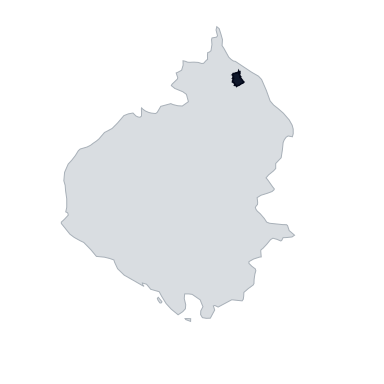 Bar Kaev, Rôtânôkiri, Cambodia shown in context, rotated 323°
{"feature_id": "14789045B1081275636897", "entity_name": "Bar Kaev", "entity_type": "district", "adm_level": 2, "iso_a3": "KHM", "parent_name": "Cambodia", "parent_adm1": "Rôtânôkiri", "projection": "natural_earth1", "projection_center": [107.211, 13.715], "detail": "fine", "context": "in_parent", "style": "filled", "palette": "ink", "viewbox_px": 384, "rotation_deg": 323, "n_neighbors": 0, "source": "geoboundaries", "source_scale": "gbopen_adm2", "svg_char_len": 5342}
<svg xmlns="http://www.w3.org/2000/svg" viewBox="0 0 384 384"><g transform="rotate(323 192 192)"><path d="M311.3,74.9L312.0,77.9L310.0,83.6L308.0,88.7L304.1,93.2L303.9,96.6L302.5,106.5L303.0,109.6L303.9,112.3L305.2,113.7L308.6,123.4L311.7,132.2L314.8,139.5L315.3,144.0L312.5,155.6L309.2,166.3L309.5,171.6L310.9,176.9L312.4,184.0L313.0,193.0L312.2,198.9L310.7,202.6L307.9,206.4L305.4,208.3L302.5,205.1L300.1,204.9L297.0,205.9L294.5,207.4L289.4,212.9L283.8,218.3L276.0,219.6L273.0,223.6L269.8,224.2L263.6,224.4L259.6,225.3L259.8,227.3L259.5,236.8L259.6,239.0L258.9,239.6L256.2,239.8L251.5,238.4L245.1,236.1L240.6,235.7L238.2,239.8L236.8,241.4L235.1,241.7L233.3,242.4L232.7,244.2L232.6,246.5L233.4,250.5L233.8,256.7L233.5,261.0L235.2,263.7L244.9,272.7L247.8,275.0L248.1,276.3L246.4,281.3L247.9,288.2L244.8,288.1L239.8,285.1L237.3,283.3L234.4,284.7L233.4,284.5L231.4,281.0L228.8,277.6L226.1,277.3L220.4,278.7L214.6,279.7L212.4,279.7L211.5,280.3L208.2,285.5L206.7,284.6L200.9,282.6L195.6,281.9L194.5,283.2L195.1,287.4L196.3,291.5L195.6,293.3L192.7,295.5L188.8,299.4L186.4,302.4L184.8,303.1L178.9,303.0L173.0,303.4L170.6,306.3L168.4,308.5L166.5,309.1L158.9,302.0L143.6,299.6L142.0,296.4L140.5,295.8L139.1,299.9L130.7,303.8L127.3,301.4L124.7,298.6L125.1,295.1L127.5,292.2L131.7,290.2L133.6,283.0L130.5,273.8L127.7,271.1L124.8,269.0L121.7,272.4L119.1,278.3L116.4,281.3L112.6,282.0L107.0,281.7L104.9,273.0L104.2,265.5L105.0,257.0L105.8,251.9L100.5,244.9L100.2,238.3L97.6,234.8L96.8,236.6L96.9,238.5L96.2,237.1L87.8,217.6L86.4,208.5L87.9,201.6L88.7,199.2L86.3,195.6L82.9,191.4L76.9,185.9L76.5,177.3L75.2,167.1L73.4,163.7L70.6,157.4L69.1,152.2L68.7,138.5L69.5,137.4L73.8,137.0L79.3,136.0L80.2,133.8L79.2,131.9L82.8,128.8L87.9,122.0L91.8,114.9L94.7,110.4L96.4,105.9L102.1,99.6L109.9,95.2L115.3,94.2L120.8,92.7L126.1,90.6L128.6,90.4L135.2,92.9L138.8,93.6L142.5,93.6L146.4,93.8L149.8,93.6L157.9,91.8L166.4,93.2L174.1,92.1L183.6,90.0L188.2,91.3L192.4,93.4L193.0,97.6L194.0,99.5L195.4,101.0L197.3,101.0L199.7,98.0L201.7,95.0L202.4,94.5L202.5,96.0L203.5,99.2L205.3,102.4L207.1,104.6L210.1,107.4L212.1,107.5L218.6,104.8L228.3,108.7L229.4,110.7L232.6,114.6L236.0,117.5L243.5,117.7L246.3,110.7L245.0,106.4L240.6,99.0L239.5,94.6L240.9,93.9L248.2,93.0L249.4,92.2L251.0,87.4L253.0,87.9L257.0,88.5L261.3,85.3L263.8,81.8L265.2,83.4L266.7,85.8L268.4,87.2L271.5,89.3L274.9,92.2L277.0,95.1L278.7,96.2L283.0,95.4L284.2,95.5L286.7,92.0L288.5,90.1L290.0,90.7L292.2,90.6L296.7,86.2L299.3,82.1L300.7,81.0L304.8,83.1L306.4,82.6L308.7,77.1L311.3,74.9ZM102.0,261.5L101.2,262.0L100.4,262.0L99.6,261.2L99.7,258.0L100.3,256.1L101.7,255.8L102.0,261.5ZM114.7,292.4L113.0,294.5L110.2,290.1L110.3,288.9L114.7,292.4Z" fill="#d9dde1" stroke="#a8b0b8" stroke-width="1"/><path d="M295.0,122.7L295.1,122.8L295.0,123.0L294.9,123.1L294.8,123.3L294.8,123.5L294.7,123.5L294.6,123.8L294.5,124.1L294.4,124.2L294.4,124.3L294.1,124.7L294.1,124.8L294.0,125.1L293.9,125.1L293.7,125.1L293.4,125.3L293.4,125.5L293.5,125.7L293.7,125.8L293.8,125.8L293.7,125.9L293.4,126.1L293.6,126.2L293.6,126.3L293.4,126.4L293.4,126.5L293.2,126.5L292.9,126.5L292.7,126.5L292.6,126.4L292.6,126.5L292.5,126.8L292.5,127.0L292.4,127.1L292.3,127.3L291.9,127.4L291.1,127.7L290.9,127.9L290.9,128.0L290.8,128.4L290.8,128.5L290.8,128.8L290.7,128.8L290.8,129.0L290.8,129.3L291.0,129.5L291.2,129.9L291.3,129.9L291.3,130.0L291.2,130.2L291.3,130.3L291.3,130.5L291.2,130.6L291.3,130.8L291.3,131.0L291.2,131.2L291.2,131.3L291.0,131.5L291.0,131.8L291.1,132.0L290.9,132.1L290.7,132.2L290.8,132.3L290.7,132.3L290.8,132.4L290.8,132.5L290.9,132.8L290.9,133.0L291.0,133.2L290.9,133.2L291.0,133.3L291.1,133.5L291.2,133.8L291.2,134.0L291.3,133.9L291.5,134.0L291.5,134.3L291.4,134.4L291.5,134.5L291.7,134.4L291.9,134.4L292.1,134.5L292.4,134.6L292.8,134.6L293.0,134.8L293.6,135.0L293.8,135.1L295.2,135.1L295.6,135.2L295.8,135.2L296.3,135.1L296.8,135.2L296.9,135.3L297.2,135.3L297.6,135.5L297.9,135.6L298.5,135.6L298.9,135.6L299.3,135.6L299.6,135.5L299.7,135.4L299.6,135.2L299.5,134.9L299.5,134.7L299.5,134.4L299.5,134.2L299.4,133.8L299.4,133.7L299.5,133.6L299.6,133.2L299.6,132.9L299.5,132.7L299.5,132.4L299.5,131.9L299.5,131.6L299.6,131.4L299.5,130.8L299.4,130.3L299.4,130.0L299.3,129.8L299.5,129.8L299.6,129.7L299.7,129.4L299.8,129.4L299.7,129.3L299.7,129.2L299.6,128.9L299.7,128.7L299.8,128.7L299.8,128.8L299.9,128.7L299.9,128.8L300.0,128.8L300.0,128.7L300.2,128.3L300.3,128.3L300.3,128.2L300.2,128.1L300.3,128.0L300.3,127.9L300.3,127.7L300.3,127.4L300.4,127.2L300.5,127.2L300.6,126.9L300.7,126.7L300.8,126.7L301.0,126.7L301.0,126.8L301.0,126.7L301.3,126.4L301.2,126.3L301.2,126.2L301.3,126.1L301.2,126.0L301.3,126.0L301.3,125.9L301.2,125.9L301.3,125.8L301.2,125.8L301.3,125.7L301.5,125.8L301.5,125.7L301.8,125.5L302.0,125.6L302.2,125.4L302.2,125.2L302.3,125.1L302.2,125.1L302.3,125.0L302.2,124.9L302.3,124.7L302.2,124.6L302.2,124.4L302.2,124.2L302.1,123.9L302.0,123.7L302.1,123.4L301.8,123.6L301.4,123.9L301.3,124.0L300.8,124.0L300.7,124.0L300.4,124.0L300.1,123.9L299.9,123.8L299.7,123.7L299.3,123.7L299.2,123.6L299.0,123.8L298.9,123.8L298.8,123.7L298.7,123.5L298.5,123.4L298.5,123.2L298.4,123.1L298.2,123.0L297.9,123.0L297.6,123.0L297.4,123.0L297.3,122.9L297.1,122.8L296.8,122.6L296.7,122.5L296.5,122.4L296.3,122.2L296.1,122.1L295.9,122.3L295.6,122.5L295.2,122.7L295.0,122.7Z" fill="#0f172a" stroke="#020617" stroke-width="1.5"/></g></svg>